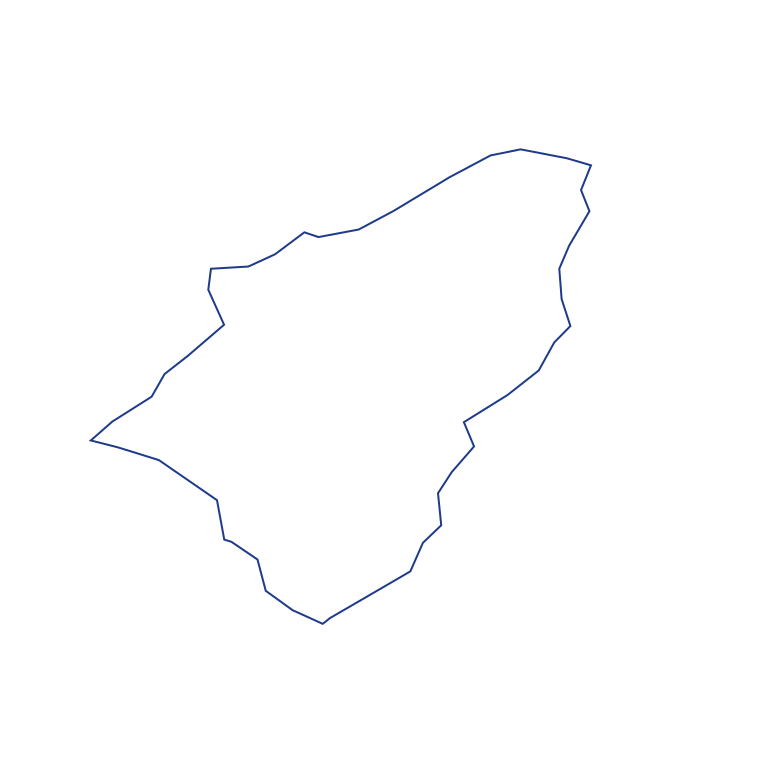 outline of Ängelholm, Skåne, Sweden, rotated 332°
{"feature_id": "70781695B30639939072107", "entity_name": "Ängelholm", "entity_type": "district", "adm_level": 2, "iso_a3": "SWE", "parent_name": "Sweden", "parent_adm1": "Skåne", "projection": "natural_earth1", "projection_center": [12.99, 56.279], "detail": "fine", "context": "isolated", "style": "outline", "palette": "blue", "viewbox_px": 768, "rotation_deg": 332, "n_neighbors": 0, "source": "geoboundaries", "source_scale": "gbopen_adm2", "svg_char_len": 753}
<svg xmlns="http://www.w3.org/2000/svg" viewBox="0 0 768 768"><g transform="rotate(332 384 384)"><path d="M217.3,567.0L226.5,565.3L275.3,563.5L319.3,561.8L343.8,542.5L368.2,535.6L380.4,505.8L402.4,493.6L421.2,486.4L434.2,481.4L436.6,455.2L487.9,451.7L527.0,444.7L553.9,427.2L568.3,422.7L575.8,420.3L580.7,392.4L592.9,364.5L612.4,348.8L646.5,327.9L649.0,305.3L669.4,288.1L651.4,270.5L614.7,240.9L585.4,232.2L539.0,232.2L473.2,235.7L434.1,235.7L395.1,223.5L384.9,212.7L348.7,218.3L319.4,216.6L285.3,201.0L273.1,218.3L270.6,256.6L224.2,267.0L194.9,272.2L172.9,286.1L126.6,289.6L98.6,296.2L119.4,315.1L149.5,345.5L182.0,408.2L169.9,446.4L175.2,451.7L189.9,479.6L182.5,511.1L197.1,540.8L217.3,567.0Z" fill="none" stroke="#1e3a8a" stroke-width="2"/></g></svg>